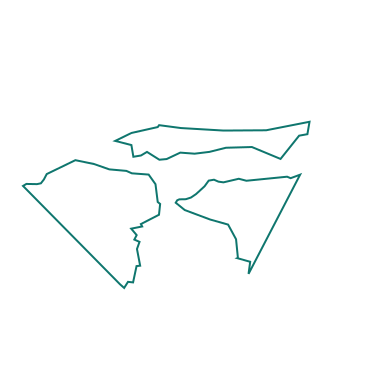 Aransas, United States of America (Equal Earth projection), rotated 236°
{"feature_id": "52423323B95001910303654", "entity_name": "Aransas", "entity_type": "district", "adm_level": 2, "iso_a3": "USA", "parent_name": "United States of America", "parent_adm1": "", "projection": "equal_earth", "projection_center": [-97.0, 28.078], "detail": "fine", "context": "isolated", "style": "outline", "palette": "teal", "viewbox_px": 384, "rotation_deg": 236, "n_neighbors": 0, "source": "geoboundaries", "source_scale": "gbopen_adm2", "svg_char_len": 1092}
<svg xmlns="http://www.w3.org/2000/svg" viewBox="0 0 384 384"><g transform="rotate(236 192 192)"><path d="M291.5,55.3L155.8,80.7L150.4,82.1L153.3,88.7L150.0,92.6L161.6,104.6L159.9,107.8L175.5,114.5L180.0,120.6L184.8,117.6L187.2,122.0L195.6,121.1L191.3,131.4L194.0,131.7L191.6,151.9L199.9,158.9L202.9,158.0L218.9,166.1L230.7,165.8L241.1,152.6L246.2,149.4L257.0,136.1L270.0,126.4L283.6,113.1L288.1,81.6L285.2,76.2L283.7,71.6L285.2,67.9L291.3,59.2L291.5,55.3ZM111.8,192.6L101.6,201.2L92.5,193.1L145.9,291.3L148.3,281.5L151.5,279.4L170.9,243.4L176.8,238.2L182.4,223.5L185.8,219.7L189.9,217.1L192.1,212.2L189.7,205.6L188.0,194.1L188.0,188.0L189.5,182.8L193.0,177.4L193.4,175.1L192.2,172.5L181.1,175.9L159.1,191.6L144.8,203.7L128.2,202.1L111.7,193.2L111.8,192.6ZM169.9,283.9L178.8,312.3L175.4,320.0L184.5,328.7L201.7,288.0L225.3,252.5L251.2,218.6L265.8,202.1L265.0,199.9L274.8,174.8L277.3,156.9L264.8,168.0L254.0,163.1L250.8,170.1L250.4,177.1L237.0,183.0L233.5,189.4L231.2,204.3L222.3,215.6L215.5,228.9L209.7,244.9L195.8,266.8L169.9,283.9Z" fill="none" stroke="#0f766e" stroke-width="2"/></g></svg>